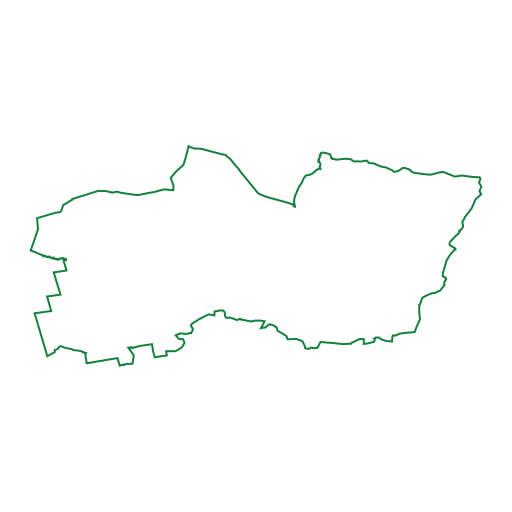 the district of Jaunlutriņu pag., Saldus, Latvia
{"feature_id": "27541924B81065833058095", "entity_name": "Jaunlutriņu pag.", "entity_type": "district", "adm_level": 2, "iso_a3": "LVA", "parent_name": "Latvia", "parent_adm1": "Saldus", "projection": "robinson", "projection_center": [22.356, 56.804], "detail": "fine", "context": "isolated", "style": "outline", "palette": "green", "viewbox_px": 512, "rotation_deg": 0, "n_neighbors": 0, "source": "geoboundaries", "source_scale": "gbopen_adm2", "svg_char_len": 5855}
<svg xmlns="http://www.w3.org/2000/svg" viewBox="0 0 512 512"><path d="M230.1,158.8L226.6,156.2L225.8,155.1L223.0,154.4L222.8,154.5L210.1,151.2L201.4,148.9L199.1,148.6L194.6,148.6L191.5,147.6L188.5,146.3L186.9,153.1L186.0,156.5L183.8,163.8L183.2,165.1L176.0,171.6L170.7,177.8L171.5,179.9L173.5,185.7L173.3,190.2L164.3,189.4L158.9,190.7L154.1,192.1L150.1,192.7L139.6,194.8L138.1,195.1L133.1,194.6L123.7,193.2L121.1,192.8L116.9,191.6L112.2,192.7L111.8,192.4L111.7,192.5L106.3,191.1L98.2,190.9L72.3,199.0L72.5,199.6L63.3,205.0L61.1,211.1L60.1,212.1L59.7,212.1L57.2,212.6L54.4,212.9L53.6,213.3L50.5,214.2L50.4,214.2L46.4,215.4L37.1,218.2L37.6,224.4L38.1,229.0L30.7,250.6L32.8,251.2L43.5,255.7L43.5,255.8L43.7,255.6L43.9,255.5L44.3,255.8L45.1,255.8L45.4,256.5L46.1,256.6L46.4,256.8L46.6,256.8L46.8,256.6L47.0,256.7L47.4,257.1L48.2,256.8L48.4,257.1L48.6,257.2L49.3,256.7L49.6,256.5L49.8,256.6L49.9,257.2L50.2,257.5L50.7,257.8L51.6,257.9L51.8,258.2L52.1,258.3L52.5,258.4L52.5,257.9L52.9,257.5L53.1,257.5L54.0,257.8L54.2,258.1L54.7,258.7L54.9,259.1L55.1,259.2L56.1,258.8L56.6,259.3L57.1,259.1L57.4,259.3L57.5,259.5L58.2,259.6L58.0,259.1L59.0,259.2L59.9,258.5L60.5,258.6L60.9,258.4L61.2,258.5L61.5,258.7L61.9,258.6L62.4,258.2L63.2,258.0L63.5,258.1L64.4,258.7L64.4,259.0L64.5,259.2L65.7,259.0L65.9,259.0L66.0,260.2L63.5,260.3L66.5,270.5L53.7,272.4L60.5,294.6L47.1,296.5L51.2,311.0L34.6,313.3L43.1,341.9L47.3,356.2L54.7,352.2L54.8,350.0L57.8,349.1L58.5,347.5L60.6,346.1L61.8,346.5L65.1,347.8L67.2,348.3L71.8,349.1L72.9,350.0L80.1,350.9L83.2,352.0L83.1,352.5L86.0,353.0L85.3,354.1L85.8,357.8L86.2,359.7L86.7,363.2L89.6,362.8L99.9,361.0L102.0,360.8L104.2,360.3L117.4,358.1L119.8,365.7L123.3,364.4L123.9,365.1L126.0,363.9L132.2,363.9L132.5,363.7L133.3,358.3L133.4,358.1L133.8,355.3L128.3,347.7L131.6,347.2L131.9,348.1L140.0,345.9L152.0,344.2L152.2,345.5L153.0,350.9L154.7,357.3L166.8,355.4L166.1,351.2L175.0,351.2L176.7,350.5L177.7,350.1L179.1,349.1L181.4,347.7L182.4,346.5L184.5,343.0L183.2,339.3L178.7,338.9L175.8,335.3L179.4,333.7L181.0,333.4L185.4,334.0L187.9,333.6L190.2,333.0L191.2,333.2L191.3,333.0L192.0,331.4L193.0,329.3L192.0,327.3L191.9,327.3L190.8,325.5L192.2,323.6L198.8,319.4L205.1,316.1L208.7,314.4L214.4,315.3L214.5,312.8L214.6,312.2L214.6,311.4L217.2,311.1L217.9,310.8L220.2,310.4L220.3,310.6L222.7,310.3L223.6,311.0L224.3,311.7L224.6,312.1L224.8,312.9L225.1,315.7L225.3,316.5L225.6,317.1L226.6,317.7L227.4,318.0L229.3,317.5L230.4,317.7L237.2,320.1L239.7,318.8L240.5,319.0L240.3,319.4L251.5,321.5L254.8,320.6L260.4,320.6L264.6,321.3L261.1,328.0L261.7,327.8L265.0,327.6L265.4,327.5L268.3,325.0L269.2,324.4L269.5,324.4L269.9,324.4L273.3,325.3L276.6,327.4L276.9,328.5L277.3,330.3L277.6,330.7L286.4,336.0L286.7,336.6L287.3,338.9L287.8,339.2L288.2,339.3L296.0,338.9L302.3,341.1L304.7,345.7L305.1,347.9L305.2,348.1L305.3,348.4L305.7,348.5L309.1,348.8L309.4,348.7L310.9,347.8L311.8,347.5L312.2,347.6L313.2,348.3L313.6,348.3L315.4,347.9L316.9,347.8L317.3,347.9L320.6,341.9L322.1,342.1L327.1,342.6L332.8,343.0L343.1,344.1L351.3,343.6L351.8,342.7L359.6,339.0L362.8,339.1L363.8,339.2L363.8,343.3L363.7,343.9L364.8,343.9L365.0,343.7L366.4,343.6L366.7,343.7L368.1,343.3L369.2,343.2L369.5,343.1L369.7,342.9L371.6,342.3L374.0,342.0L375.2,338.2L374.8,338.2L375.8,337.5L376.9,337.5L379.3,337.7L379.3,337.8L381.2,339.3L385.8,340.9L391.9,341.5L391.9,341.1L392.3,338.8L392.5,336.3L392.9,335.4L395.1,335.7L400.0,333.6L405.7,332.8L412.8,332.3L414.7,332.0L416.7,326.6L418.4,322.8L419.8,319.7L420.0,319.2L419.2,312.0L419.3,304.7L420.0,304.4L422.1,298.1L424.3,296.6L430.1,293.9L433.4,293.0L435.2,292.9L437.7,291.4L439.1,291.2L439.7,290.7L440.2,290.5L444.1,285.5L444.3,285.5L444.5,284.8L444.1,282.5L444.9,281.4L445.2,280.9L445.1,280.6L445.2,280.3L445.7,280.0L446.3,278.8L446.2,278.6L445.7,278.6L445.3,277.4L442.8,276.3L442.9,273.0L445.1,265.7L446.5,260.7L449.8,255.2L450.8,253.9L455.3,249.1L455.3,248.7L455.4,248.8L455.4,248.7L454.4,248.1L452.4,246.7L451.0,246.0L449.7,244.8L449.5,244.5L449.6,243.0L450.1,241.8L453.0,238.8L456.9,234.7L457.8,234.4L459.7,231.7L459.2,231.0L460.2,230.3L462.1,228.5L463.0,226.5L463.1,225.8L463.0,225.2L462.8,225.0L462.9,224.9L462.3,222.0L463.5,219.9L463.9,219.3L465.2,216.6L465.6,216.2L466.8,214.6L467.8,213.4L468.7,212.2L471.7,208.2L475.5,199.4L481.2,194.2L479.5,191.2L481.3,186.8L481.3,186.7L479.0,182.5L479.0,182.3L480.3,179.5L480.4,179.3L480.3,178.8L479.7,177.3L472.9,177.0L464.6,175.9L461.8,175.5L455.0,176.6L443.0,171.9L438.2,172.7L435.0,173.7L430.7,174.7L426.4,174.4L414.0,172.8L413.8,172.8L411.4,171.4L411.1,171.1L410.6,170.9L410.1,169.8L405.0,168.0L402.7,168.0L398.9,170.6L396.3,171.6L394.9,171.8L393.1,171.4L392.2,170.3L390.8,169.6L388.2,168.6L386.7,167.6L380.9,166.5L373.6,163.4L369.5,163.1L368.8,162.9L368.5,162.8L367.5,161.1L366.6,160.6L360.9,161.5L356.7,161.3L354.2,161.5L353.4,161.2L350.4,159.1L348.3,158.9L344.7,158.8L336.1,159.7L333.4,158.8L332.7,159.0L332.5,158.9L332.8,158.8L332.6,158.5L331.9,158.6L331.3,157.7L330.2,154.4L326.0,153.1L322.5,152.5L322.4,152.6L321.5,152.8L320.8,153.2L320.8,153.6L321.0,154.2L320.9,154.4L320.7,154.6L320.2,154.7L319.8,154.9L319.6,155.2L319.6,155.5L319.9,155.9L320.1,156.4L319.9,157.2L319.3,157.9L318.9,158.9L319.0,159.2L319.0,159.4L318.7,159.5L318.7,160.0L318.6,160.5L319.0,160.9L318.7,161.2L318.3,161.3L318.2,161.4L318.3,161.8L318.5,162.0L319.1,161.9L319.4,162.1L319.8,162.5L320.1,163.2L320.1,163.4L320.5,164.6L319.8,166.6L319.6,166.7L319.6,167.0L320.4,168.6L320.5,169.0L319.9,168.9L318.3,169.1L317.3,169.4L312.2,173.7L309.7,174.8L309.4,174.8L305.5,175.7L303.2,179.2L302.1,182.3L301.9,182.4L298.7,187.4L294.9,196.4L294.3,198.9L294.1,200.9L294.1,202.2L294.3,203.3L295.0,206.8L294.9,206.8L294.3,206.6L293.9,206.3L292.9,204.5L288.2,202.9L283.9,201.7L282.5,201.3L266.1,196.8L258.9,193.8L258.1,193.3L239.3,170.2L239.4,169.9L235.0,164.9L230.1,158.8Z" fill="none" stroke="#15803d" stroke-width="2"/></svg>